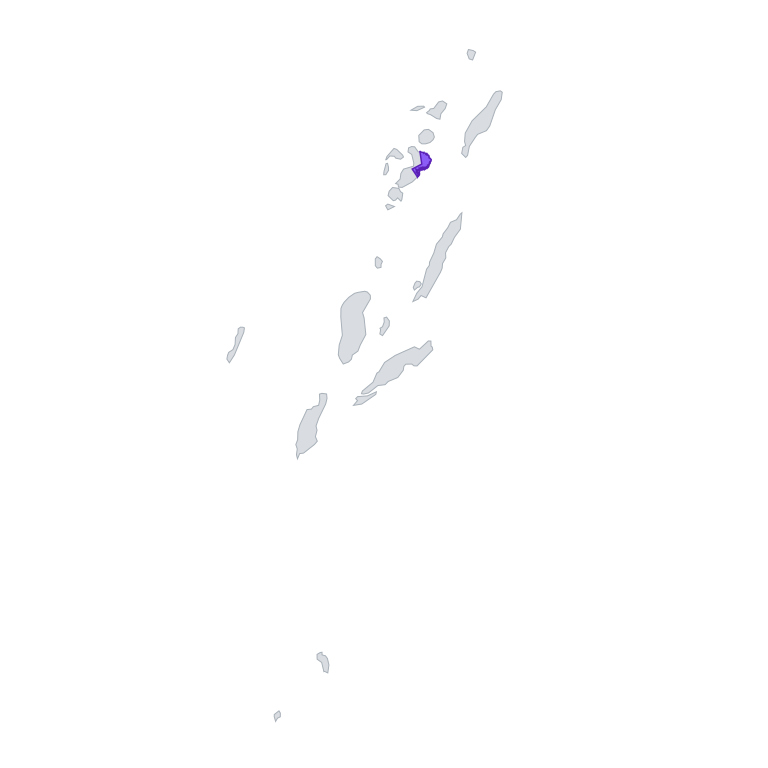 North New Georgia, Western, Solomon Islands (highlighted), rotated 83°
{"feature_id": "97153195B59663356998763", "entity_name": "North New Georgia", "entity_type": "district", "adm_level": 2, "iso_a3": "SLB", "parent_name": "Solomon Islands", "parent_adm1": "Western", "projection": "orthographic", "projection_center": [157.587, -8.128], "detail": "fine", "context": "in_parent", "style": "filled", "palette": "violet", "viewbox_px": 768, "rotation_deg": 83, "n_neighbors": 0, "source": "geoboundaries", "source_scale": "gbopen_adm2", "svg_char_len": 8754}
<svg xmlns="http://www.w3.org/2000/svg" viewBox="0 0 768 768"><g transform="rotate(83 384 384)"><path d="M297.9,387.1L310.5,396.6L316.0,395.7L332.7,396.0L342.4,402.8L348.2,405.9L351.4,411.9L355.4,413.3L357.8,416.4L359.2,422.0L353.1,424.9L349.4,425.8L339.8,423.7L330.6,419.4L312.2,418.7L303.7,417.5L300.7,415.8L298.0,413.6L293.7,408.4L290.4,402.2L289.9,398.6L289.6,391.8L290.7,389.3L294.2,386.8L297.9,387.1ZM356.0,331.4L370.1,349.0L369.6,352.1L367.6,354.0L367.0,359.9L368.8,362.1L372.7,363.2L379.2,369.5L382.0,379.5L384.8,383.0L384.8,390.3L391.0,400.5L391.5,405.4L390.9,407.6L388.3,406.3L380.9,394.7L372.3,389.7L371.3,387.5L362.7,380.8L357.0,369.4L350.8,349.3L353.8,344.6L346.7,334.8L347.1,332.2L352.2,332.7L353.2,331.6L356.0,331.4ZM303.9,339.8L305.7,345.3L297.9,340.4L292.1,334.4L275.3,327.8L271.7,324.5L268.7,324.0L260.1,318.6L251.6,314.9L245.2,308.2L242.1,307.0L236.8,301.8L231.6,298.3L229.8,292.0L224.8,287.7L223.5,285.8L239.6,289.3L247.0,296.2L253.3,300.2L255.5,303.0L261.2,306.9L266.4,307.3L271.5,311.2L276.2,312.2L279.9,314.3L303.6,331.8L300.7,336.4L303.9,339.8ZM410.3,453.1L417.5,456.6L421.7,456.1L427.9,458.5L432.6,457.2L435.5,460.3L442.8,472.3L442.8,476.2L447.7,479.0L443.5,479.5L437.8,478.0L433.4,478.9L428.8,476.5L420.9,475.3L414.2,472.4L400.0,463.5L400.1,459.1L397.9,456.9L397.2,451.5L392.1,449.7L386.2,449.3L385.7,446.8L386.9,442.2L391.3,442.3L396.7,444.3L410.3,453.1ZM167.3,273.2L169.1,275.3L164.6,278.8L158.7,276.9L157.3,273.9L153.2,274.5L144.9,272.8L133.5,264.5L121.4,248.7L109.7,240.0L107.5,237.3L107.2,232.8L108.8,231.1L116.0,233.0L125.4,240.1L140.8,247.6L145.0,251.4L147.6,260.6L150.3,263.3L158.5,270.3L167.3,273.2ZM183.3,326.5L186.9,331.3L191.1,342.0L190.3,345.6L187.4,345.8L186.5,348.1L182.5,343.0L177.1,341.6L173.1,338.4L171.4,328.1L168.3,327.5L159.5,328.5L156.6,331.9L152.6,330.8L151.7,327.7L152.3,324.7L157.7,321.8L158.8,318.0L164.2,311.5L167.5,310.4L173.8,312.7L174.6,322.0L176.8,325.0L183.3,326.5ZM344.1,534.9L340.1,536.9L336.5,535.8L333.7,534.3L331.5,529.8L326.7,527.0L319.8,525.8L316.2,522.8L311.5,522.0L310.1,519.5L310.5,517.0L311.3,515.7L315.7,516.9L336.9,528.9L344.1,534.9ZM121.0,307.9L119.9,308.7L118.0,305.6L116.6,304.6L116.6,301.1L110.7,295.4L110.2,291.4L113.6,287.5L118.2,289.8L122.7,294.6L128.0,296.2L126.9,299.4L122.2,305.2L121.0,307.9ZM150.2,317.2L147.8,319.6L141.5,319.2L136.7,313.2L136.7,308.8L140.5,304.7L145.0,303.9L147.5,305.5L149.9,308.9L150.7,313.3L150.2,317.2ZM203.2,352.4L197.5,357.0L193.3,355.4L190.0,351.5L191.7,345.4L195.1,344.2L196.9,342.1L203.1,343.8L204.6,344.9L200.9,347.8L202.9,350.2L203.2,352.4ZM662.2,478.7L652.8,479.8L649.0,483.9L644.2,483.4L642.7,479.9L642.7,478.2L645.3,478.5L646.7,475.2L649.6,473.6L656.1,472.9L663.9,475.0L662.0,478.0L662.2,478.7ZM401.2,408.5L401.5,416.9L397.2,412.3L395.1,413.9L393.3,411.7L393.8,401.9L390.8,392.5L393.3,393.4L401.2,408.5ZM161.6,354.1L161.6,354.9L158.5,353.3L151.4,345.4L152.7,342.8L159.1,337.6L161.1,337.0L162.9,340.1L161.3,344.8L159.2,346.0L158.4,350.4L161.6,354.1ZM322.1,371.0L327.0,371.8L335.8,379.6L333.8,382.0L329.6,380.7L328.2,381.2L327.0,378.5L322.5,376.2L318.4,376.0L317.9,373.3L322.1,371.0ZM265.5,378.2L258.8,377.4L256.8,375.4L259.2,372.5L262.2,370.6L264.8,372.3L267.9,372.8L268.2,376.5L265.5,378.2ZM71.7,259.8L65.9,261.2L62.3,259.4L63.9,254.9L65.8,252.6L73.2,256.6L71.7,259.8ZM294.5,342.4L291.8,343.2L287.7,341.0L285.9,339.0L286.8,336.0L289.2,334.8L291.9,336.9L292.2,339.0L294.5,342.4ZM705.7,532.7L700.7,533.5L698.7,533.2L695.6,528.1L698.0,527.0L701.7,527.5L702.7,530.5L705.7,532.7ZM176.5,356.7L176.3,358.8L173.0,358.1L165.6,355.1L165.4,353.6L169.6,353.1L172.6,353.5L176.5,356.7ZM116.7,318.1L115.5,323.9L112.5,316.7L113.1,310.7L114.2,310.0L116.7,318.1ZM211.6,359.0L207.3,360.7L205.9,358.3L209.1,352.0L211.6,359.0Z" fill="#d9dde1" stroke="#a8b0b8" stroke-width="1"/><path d="M157.7,320.0L170.3,319.7L174.1,329.8L182.3,325.7L181.7,325.6L181.6,325.3L181.4,325.0L180.9,325.0L180.6,324.7L180.6,324.4L180.3,324.4L180.4,324.5L180.2,324.6L180.1,324.4L179.8,324.5L179.8,324.4L179.5,324.5L179.4,324.6L179.5,324.9L179.3,325.0L179.1,324.8L178.6,325.2L178.5,325.3L178.4,325.3L178.4,325.7L178.2,325.9L177.9,325.9L177.7,325.7L177.1,325.9L177.2,326.1L176.9,326.1L176.9,325.9L176.6,325.9L176.8,325.8L176.8,325.6L176.8,325.4L176.6,325.3L176.5,325.5L176.3,325.5L176.1,325.6L175.9,325.5L175.6,325.7L175.1,326.1L174.9,326.1L175.0,326.0L175.0,325.7L175.4,325.2L175.7,325.1L175.8,324.9L175.8,324.7L176.0,324.5L176.3,324.4L176.0,324.2L175.7,324.2L175.6,324.3L175.4,324.1L175.8,323.6L175.9,323.3L175.7,323.1L175.3,323.2L175.2,323.3L175.0,323.1L174.9,322.7L174.7,322.5L174.3,322.6L174.4,322.4L173.9,321.9L174.2,321.2L174.6,321.3L174.5,321.1L174.7,321.3L175.0,321.4L175.2,321.1L175.4,321.1L175.6,320.5L175.6,320.4L175.4,320.4L175.5,320.2L175.6,320.3L175.7,320.1L175.4,319.9L175.3,320.1L175.1,320.2L174.8,320.0L174.6,320.3L174.8,320.5L174.7,320.5L174.8,320.7L174.5,320.5L174.4,320.7L174.4,320.4L174.2,320.6L173.9,320.8L173.7,320.7L174.1,320.3L174.3,320.3L174.2,320.1L174.3,320.1L174.2,320.0L174.4,320.0L174.5,319.8L174.5,319.5L174.4,319.6L174.2,319.4L174.4,319.3L174.3,319.1L174.2,319.0L174.0,318.7L174.1,319.0L173.8,318.8L173.8,319.1L173.7,318.8L173.8,318.6L173.9,318.3L174.0,318.2L174.1,318.3L174.1,318.2L174.0,317.7L174.2,317.4L174.0,317.1L174.2,316.9L174.4,316.4L174.0,316.3L173.9,316.1L174.2,315.9L174.4,315.7L174.5,315.4L174.1,315.3L174.1,315.1L173.8,315.1L173.7,315.0L173.8,314.7L173.7,314.8L173.8,314.6L173.7,314.6L173.8,314.3L173.7,314.0L173.8,313.9L173.7,313.7L173.5,313.8L173.6,314.0L173.6,314.5L173.4,314.5L173.2,314.7L173.0,314.4L173.4,314.2L173.1,314.1L173.4,313.9L173.0,313.8L172.9,313.5L172.6,313.4L172.3,313.3L172.3,313.2L172.7,313.2L173.3,313.7L173.1,313.2L172.3,312.7L171.9,312.7L171.8,312.9L171.7,312.5L171.0,311.9L170.8,311.9L170.8,312.2L170.5,312.2L170.3,311.9L170.6,312.1L170.8,311.8L170.6,311.6L170.5,311.4L170.3,311.2L169.8,311.3L170.0,311.5L169.7,311.8L169.1,311.6L168.9,311.4L168.9,310.8L168.6,310.7L168.6,310.3L168.3,310.1L168.1,310.1L167.0,309.8L166.8,309.9L166.6,310.1L165.7,310.6L165.7,310.9L165.4,311.3L165.3,311.2L164.7,311.7L164.3,311.7L164.0,311.5L163.3,311.8L162.9,311.6L162.5,311.8L162.2,312.1L162.2,312.6L161.9,312.7L162.0,312.7L161.9,312.9L161.6,312.9L161.9,313.2L161.8,313.7L161.6,313.7L161.7,313.1L161.2,313.4L161.4,313.2L161.6,313.2L161.4,313.6L160.9,313.9L161.0,313.7L160.5,313.9L160.6,314.1L160.4,314.0L160.4,314.3L159.9,315.0L159.7,315.9L159.7,315.5L159.6,316.0L159.2,316.1L159.4,316.3L159.1,316.3L159.1,316.6L158.6,318.3L158.5,318.5L158.4,319.0L158.2,319.3L158.4,319.6L158.7,319.5L158.3,319.6L158.1,319.4L157.9,319.5L157.6,319.5L157.3,319.7L157.7,319.6L157.7,320.0ZM181.3,324.1L181.2,323.8L180.8,323.4L179.5,323.1L179.2,323.4L179.3,323.6L179.4,323.4L179.7,323.4L180.5,323.6L181.2,324.2L181.3,324.1ZM176.3,320.4L176.2,320.2L176.0,318.8L175.9,319.2L176.1,320.4L176.0,320.8L175.8,321.0L175.8,321.4L176.0,321.7L176.0,321.1L176.2,320.9L176.2,320.7L176.3,320.4ZM179.2,323.7L179.1,323.4L178.5,323.1L177.9,323.1L177.9,323.4L178.0,323.2L178.5,323.3L178.5,323.9L178.6,324.0L179.0,324.0L179.2,323.7ZM174.9,314.7L174.5,314.0L174.3,314.0L174.1,314.2L174.1,314.3L174.6,314.7L174.7,315.1L174.8,315.0L174.9,314.7ZM175.9,318.5L175.8,318.2L175.9,317.4L175.7,317.3L175.7,317.6L175.7,318.1L175.4,318.1L175.6,318.0L175.4,317.9L175.4,317.7L175.3,317.8L175.2,318.0L175.7,318.7L175.9,318.5ZM177.7,323.4L177.2,322.6L176.7,322.4L176.1,321.9L175.9,321.9L176.0,322.2L177.0,322.7L177.3,323.1L177.7,323.4ZM179.9,324.0L179.8,323.8L179.7,323.9L179.5,324.0L179.4,324.0L179.5,323.8L179.3,324.0L179.2,324.0L179.1,324.6L179.4,324.8L179.3,324.7L179.4,324.4L179.5,324.3L179.5,324.2L179.6,324.4L179.7,324.2L179.8,324.3L179.9,324.0ZM182.6,325.1L182.4,325.0L182.3,324.7L182.1,324.7L181.7,324.3L181.3,324.2L181.8,324.6L182.1,324.9L182.5,325.1L182.6,325.1ZM175.3,316.0L175.1,315.8L175.2,315.3L174.9,315.1L175.1,316.0L175.3,316.1L175.3,316.0ZM175.4,319.7L175.0,319.3L174.8,319.5L175.1,319.7L175.4,319.7ZM175.6,316.5L175.5,316.3L175.3,316.2L175.4,316.9L175.6,316.5ZM169.7,311.3L169.3,310.9L169.0,310.8L169.4,311.1L169.7,311.3ZM176.0,317.3L175.7,316.8L175.8,317.3L176.0,317.3ZM174.4,315.2L174.2,314.8L174.0,314.7L174.1,315.1L174.4,315.2ZM174.9,318.2L174.7,318.1L174.5,318.4L174.7,318.2L174.7,318.4L174.9,318.2ZM174.6,318.6L174.1,318.8L174.3,318.9L174.6,318.6ZM180.9,324.5L180.9,324.4L180.7,324.4L180.7,324.5L180.9,324.5ZM178.0,323.5L177.9,323.5L177.7,323.6L178.0,323.5ZM175.5,319.9L175.4,319.8L175.5,319.9ZM176.0,318.7L175.9,318.7L176.0,318.7L176.0,318.7ZM174.4,315.3L174.5,315.2L174.4,315.2L174.4,315.3ZM174.1,314.5L174.1,314.4L174.0,314.5L174.1,314.5ZM177.8,324.8L177.8,324.7L177.7,324.7L177.8,324.8L177.8,324.8ZM173.9,315.0L173.8,314.9L173.8,315.0L173.9,315.0ZM175.5,317.1L175.4,317.0L175.5,317.1L175.5,317.1Z" fill="#8b5cf6" stroke="#5b21b6" stroke-width="1.5"/></g></svg>